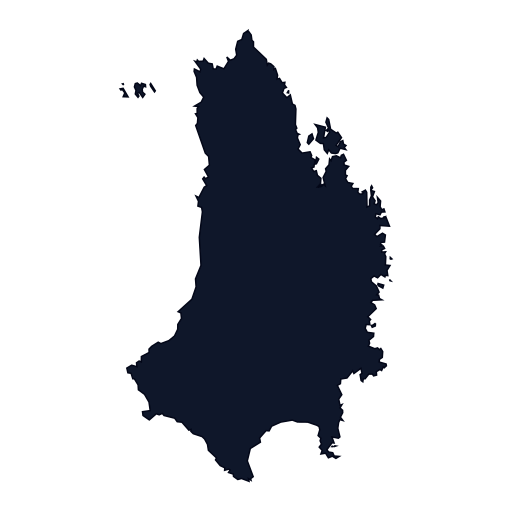 the district of Catanduanes, Catanduanes, Philippines
{"feature_id": "2640588B14186532473464", "entity_name": "Catanduanes", "entity_type": "district", "adm_level": 2, "iso_a3": "PHL", "parent_name": "Philippines", "parent_adm1": "Catanduanes", "projection": "natural_earth1", "projection_center": [124.275, 13.808], "detail": "fine", "context": "isolated", "style": "filled", "palette": "ink", "viewbox_px": 512, "rotation_deg": 0, "n_neighbors": 0, "source": "geoboundaries", "source_scale": "gbopen_adm2", "svg_char_len": 6040}
<svg xmlns="http://www.w3.org/2000/svg" viewBox="0 0 512 512"><path d="M247.7,30.7L243.6,33.5L241.8,39.5L237.7,41.3L235.7,49.2L236.7,55.2L234.0,58.8L230.3,60.2L226.8,57.0L228.5,61.4L223.9,68.8L217.2,66.1L216.0,69.1L213.2,68.9L212.2,63.9L208.3,63.2L204.1,58.5L203.1,61.2L198.6,61.4L197.3,60.0L196.7,61.9L195.0,61.3L200.7,69.1L200.0,71.8L194.4,69.0L194.1,71.4L196.6,77.4L197.1,85.2L199.9,92.6L203.7,97.1L201.2,102.2L194.5,106.1L198.6,106.6L197.1,108.7L197.2,113.4L195.5,113.8L197.9,117.6L197.4,123.4L195.7,125.5L205.3,153.1L208.6,156.4L209.4,165.2L204.4,169.5L208.5,177.0L205.4,178.7L204.1,177.1L202.7,178.9L206.7,185.6L204.2,187.2L198.9,197.5L196.0,196.1L198.5,201.3L197.9,206.1L201.6,207.4L202.4,211.9L199.3,237.3L201.0,265.4L195.5,278.9L196.1,286.9L191.9,299.2L178.1,311.7L180.9,312.9L181.5,318.5L177.8,324.4L177.7,329.3L174.5,336.0L168.9,340.6L160.9,343.6L158.2,342.2L151.7,346.3L149.0,349.1L149.1,352.5L141.4,356.5L141.3,361.9L139.1,361.0L136.5,362.8L136.9,366.7L131.7,365.2L126.8,368.1L127.9,372.8L131.1,373.3L132.8,378.8L134.4,378.8L138.1,384.9L138.4,389.8L144.5,394.3L149.0,402.1L150.2,410.6L142.5,411.7L143.0,415.5L149.3,419.9L156.3,413.8L159.2,414.8L162.3,413.4L164.0,415.5L174.7,418.2L177.2,421.7L181.9,422.2L188.9,430.2L191.0,429.4L190.9,431.4L193.3,433.7L202.1,436.6L204.6,439.0L207.5,444.4L208.4,450.3L216.5,457.9L215.5,459.9L220.2,465.6L224.8,467.8L224.6,470.3L228.9,469.1L230.1,470.0L228.5,472.5L233.3,474.1L233.5,476.4L237.8,479.5L241.5,478.5L249.0,481.3L248.4,478.6L251.0,480.2L250.6,478.7L253.2,476.7L247.3,460.9L250.3,448.5L260.4,442.2L259.6,438.0L266.1,430.6L269.1,430.9L271.6,426.2L280.7,422.1L292.3,420.1L297.5,422.0L307.6,422.1L316.7,425.2L319.0,426.5L319.8,429.7L318.1,435.6L320.9,438.2L320.1,440.8L321.5,444.1L319.2,447.1L322.2,450.4L320.9,454.0L325.6,453.2L328.4,457.8L332.3,456.2L335.9,458.4L339.2,456.4L334.2,456.0L332.7,452.7L328.6,452.0L326.9,449.7L332.0,442.8L334.1,443.0L331.9,436.9L338.4,438.2L339.9,436.9L337.8,428.3L338.6,422.5L339.9,419.6L342.9,420.5L340.4,417.2L342.7,412.7L342.6,410.3L340.0,407.9L342.0,404.5L340.0,405.3L338.7,399.1L341.8,394.7L337.3,385.4L340.4,383.7L340.8,379.0L347.0,378.0L352.7,370.8L353.9,373.5L360.9,368.3L362.0,373.3L360.1,374.6L361.1,380.5L362.8,381.8L363.3,378.8L365.1,378.8L368.8,374.1L372.4,374.1L373.6,375.9L376.6,375.1L376.3,371.7L379.9,369.5L381.6,370.5L383.2,366.9L384.2,367.8L386.4,365.8L386.1,364.0L379.2,362.0L379.4,359.4L382.3,357.4L382.7,351.6L380.8,348.5L379.3,349.7L377.6,347.9L374.8,348.7L368.3,346.1L369.6,343.2L368.9,340.3L373.5,336.5L373.8,333.2L367.3,332.3L365.2,328.3L366.2,324.5L369.9,324.7L369.3,321.0L370.6,319.5L367.8,316.7L376.2,308.6L374.6,304.9L370.8,302.5L372.7,300.3L381.8,299.8L379.5,298.6L378.6,295.1L376.7,294.8L379.1,292.1L376.3,285.9L371.4,281.8L370.8,278.6L374.1,276.0L377.6,277.8L380.9,274.4L384.9,276.9L385.3,275.4L387.8,275.6L387.0,270.4L390.0,265.5L385.4,265.0L385.8,256.6L384.5,253.8L385.6,251.8L381.8,252.1L381.7,249.8L384.6,248.5L383.3,246.0L380.8,245.9L381.8,244.9L380.5,244.2L381.0,242.4L384.5,242.1L385.4,235.0L382.5,233.2L376.9,236.6L374.6,234.3L379.9,228.8L379.9,225.5L389.5,226.2L386.0,217.3L380.8,218.6L378.3,216.8L377.5,218.7L375.3,217.0L376.0,213.7L380.0,214.8L381.4,212.1L384.9,211.9L383.9,208.9L381.7,209.7L380.1,206.6L380.6,201.0L377.4,197.3L378.2,202.6L376.5,204.8L374.1,203.8L375.1,200.8L372.5,196.9L374.4,191.5L370.8,190.4L371.4,195.9L369.6,200.1L369.6,205.8L367.0,207.0L366.7,192.3L365.4,190.1L362.2,191.9L363.6,192.8L362.4,193.9L359.7,194.1L357.8,192.3L358.3,188.6L352.6,188.5L351.2,186.2L352.9,183.5L347.8,182.5L345.5,178.7L347.1,175.7L345.4,174.9L345.4,170.3L348.7,166.4L344.2,165.0L343.9,162.2L346.4,160.3L343.5,154.3L341.3,155.3L340.6,157.8L336.4,155.8L332.5,156.6L331.1,160.7L329.6,158.9L329.0,164.8L325.6,168.7L326.2,171.4L323.1,177.5L325.2,185.8L323.5,184.3L321.6,186.4L318.6,187.3L317.3,187.1L320.5,183.7L320.9,178.3L317.4,175.3L316.3,170.7L313.7,171.5L311.5,167.9L314.0,167.0L314.2,164.3L316.4,163.8L318.8,159.1L316.5,157.3L316.0,160.6L315.0,162.1L314.8,159.8L310.8,157.4L311.7,155.6L310.1,151.8L302.1,153.1L298.0,149.0L300.2,144.7L297.4,138.0L297.9,134.9L299.3,134.3L297.2,133.4L295.5,129.6L296.8,128.2L295.4,124.6L295.9,109.0L295.0,105.4L292.4,104.0L290.3,94.9L286.9,97.7L282.4,93.0L284.0,88.4L286.4,87.4L284.5,84.9L284.9,82.3L282.1,82.7L279.5,78.4L277.0,79.2L277.6,75.2L275.4,68.5L273.8,69.5L273.9,66.6L270.7,63.8L268.6,63.1L267.3,65.1L266.3,59.3L253.5,47.1L253.5,41.8L251.9,40.3L251.2,35.0L248.6,31.4L247.3,31.9L247.7,30.7ZM327.1,117.9L325.9,122.2L328.6,128.1L326.2,130.5L327.5,131.3L328.1,129.5L329.6,132.1L326.2,137.4L323.5,137.9L325.4,127.2L315.1,124.5L317.6,127.8L318.3,132.4L315.9,140.1L320.4,143.4L323.4,143.6L324.3,149.8L327.3,153.4L328.7,149.7L331.4,153.0L335.4,153.6L337.8,152.9L340.1,148.2L345.8,149.6L344.2,147.5L346.0,145.5L343.5,144.1L342.8,140.6L340.5,141.7L338.0,146.7L336.1,145.3L341.5,137.6L337.8,132.2L336.3,133.1L330.6,129.2L328.7,119.5L327.1,117.9ZM137.3,83.0L135.3,83.6L134.4,86.9L136.0,90.4L135.3,94.0L138.0,97.3L138.9,96.1L137.5,93.3L139.3,92.4L142.7,97.4L144.9,94.2L142.6,92.2L142.2,89.2L143.6,86.2L145.6,86.8L145.4,84.5L141.5,83.3L140.6,85.7L137.3,83.0ZM312.0,133.9L308.8,136.1L307.3,142.6L308.8,144.2L313.5,138.7L312.0,133.9ZM123.1,88.3L120.1,88.9L121.0,90.1L122.1,89.2L124.8,92.9L123.2,96.7L128.1,96.9L123.1,88.3ZM383.7,285.1L378.1,283.5L377.8,284.7L378.6,285.9L382.8,288.1L383.7,285.1ZM150.7,83.5L150.1,84.5L150.7,86.3L154.5,91.9L155.3,90.8L150.7,83.5ZM375.3,326.0L375.5,323.4L375.4,323.6L375.0,323.5L373.1,325.0L371.3,325.5L372.2,327.3L375.3,326.0ZM371.6,185.8L370.8,187.2L370.9,190.0L372.6,187.8L371.6,185.8ZM288.7,90.3L287.3,92.7L288.6,93.0L288.7,90.3ZM321.0,186.0L322.5,184.2L318.8,186.9L321.0,186.0ZM390.3,257.4L390.2,258.8L391.0,259.2L391.9,258.9L390.3,257.4ZM390.8,280.9L389.5,279.5L390.0,280.7L390.8,280.9ZM333.5,446.7L332.2,446.2L331.9,446.6L333.5,446.7ZM123.2,83.7L122.5,83.9L123.6,85.0L123.2,83.7ZM335.9,446.0L334.9,445.8L333.8,446.7L335.9,446.0ZM385.1,216.7L383.8,217.0L383.6,217.5L384.9,217.0L385.1,216.7Z" fill="#0f172a" stroke="#020617" stroke-width="1.5"/></svg>